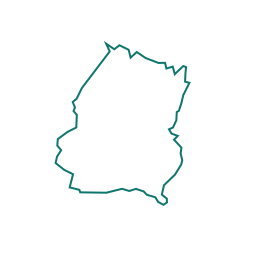 outline of Amherst, Virginia, United States of America, rotated 241°
{"feature_id": "52423323B69498607463637", "entity_name": "Amherst", "entity_type": "district", "adm_level": 2, "iso_a3": "USA", "parent_name": "United States of America", "parent_adm1": "Virginia", "projection": "mercator", "projection_center": [-79.163, 37.6], "detail": "fine", "context": "isolated", "style": "outline", "palette": "teal", "viewbox_px": 256, "rotation_deg": 241, "n_neighbors": 0, "source": "geoboundaries", "source_scale": "gbopen_adm2", "svg_char_len": 904}
<svg xmlns="http://www.w3.org/2000/svg" viewBox="0 0 256 256"><g transform="rotate(241 128 128)"><path d="M148.2,204.9L153.1,208.3L155.4,206.4L152.4,195.0L160.0,196.9L161.4,190.4L167.0,192.0L170.2,186.1L180.7,177.3L190.2,172.5L188.3,164.4L196.1,166.5L204.5,160.6L203.5,154.2L212.3,149.8L203.8,149.1L185.3,107.0L178.4,97.1L177.6,92.3L171.7,91.6L169.2,88.6L164.3,89.6L153.5,83.0L153.9,73.2L152.3,61.2L146.8,57.6L141.0,58.8L137.4,52.1L132.5,47.7L122.3,51.9L114.2,57.5L104.3,48.2L97.5,55.5L94.9,55.0L81.9,77.7L77.7,93.3L72.3,98.6L70.9,105.4L64.9,111.0L60.5,112.1L54.2,118.3L48.8,118.5L43.7,121.7L44.0,126.0L47.5,127.7L53.3,125.3L60.5,131.7L64.4,146.4L70.2,156.8L73.5,159.8L80.3,161.7L84.9,165.2L95.5,162.6L97.0,167.7L101.9,163.4L107.0,163.2L106.6,167.6L111.3,174.0L118.3,178.4L118.4,180.9L124.2,187.1L129.9,192.2L137.7,203.6L140.9,200.4L148.2,204.9Z" fill="none" stroke="#0f766e" stroke-width="2"/></g></svg>